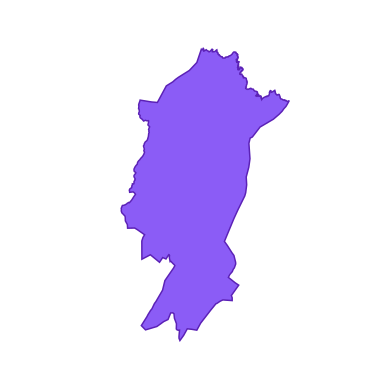 Anka, Zamfara, Nigeria, rotated 215°
{"feature_id": "59680162B63960569375521", "entity_name": "Anka", "entity_type": "district", "adm_level": 2, "iso_a3": "NGA", "parent_name": "Nigeria", "parent_adm1": "Zamfara", "projection": "equal_earth", "projection_center": [6.08, 11.964], "detail": "fine", "context": "isolated", "style": "filled", "palette": "violet", "viewbox_px": 384, "rotation_deg": 215, "n_neighbors": 0, "source": "geoboundaries", "source_scale": "gbopen_adm2", "svg_char_len": 6055}
<svg xmlns="http://www.w3.org/2000/svg" viewBox="0 0 384 384"><g transform="rotate(215 192 192)"><path d="M116.7,63.4L116.6,69.8L117.4,77.2L113.6,79.3L108.8,81.6L109.7,89.5L108.9,106.2L108.3,114.3L107.8,114.8L106.2,118.9L104.8,121.3L96.8,126.1L98.4,128.4L100.4,129.8L100.3,142.5L104.6,142.4L113.2,142.9L113.6,145.2L113.7,146.1L113.3,150.0L113.5,150.5L113.9,152.7L113.8,154.1L114.9,158.1L116.0,159.5L121.3,164.1L124.3,165.1L132.5,168.5L137.1,170.1L142.4,194.1L144.2,204.0L146.5,219.0L147.6,222.2L151.3,229.2L156.2,235.4L159.7,244.9L163.6,252.5L173.3,264.5L175.3,269.5L174.1,271.7L173.5,284.3L167.1,298.3L165.2,305.7L164.5,310.0L164.5,313.0L164.1,315.9L164.3,318.6L164.7,322.1L165.2,322.0L165.5,321.2L166.0,320.8L167.3,320.9L167.5,320.5L168.6,320.7L168.9,320.6L168.8,320.2L169.3,320.1L169.5,319.9L169.8,320.0L170.3,319.6L171.2,319.7L172.0,319.6L172.7,319.2L173.7,319.6L174.1,320.3L174.4,320.3L175.2,321.0L176.4,321.8L176.7,321.4L177.2,321.4L177.2,321.1L177.8,320.6L177.9,320.2L179.5,320.4L179.8,320.5L180.0,320.8L180.3,320.8L180.7,321.0L180.8,321.3L181.1,321.5L181.3,321.9L181.8,322.0L182.4,322.8L182.7,322.6L182.7,321.6L183.2,321.3L183.2,320.9L184.1,319.3L184.7,319.2L185.4,320.2L186.0,320.0L186.0,319.2L185.7,317.9L185.2,317.6L184.4,315.1L184.6,314.4L185.2,314.1L185.6,313.5L185.4,313.1L185.6,312.9L186.0,313.0L187.3,310.7L187.5,310.0L187.9,309.3L187.9,307.8L188.1,308.0L188.5,308.0L188.8,308.3L189.4,308.6L189.5,309.2L189.9,309.3L189.9,309.7L190.5,310.1L191.1,310.0L191.5,309.5L191.6,309.1L192.0,308.8L192.7,309.7L193.4,310.0L193.4,308.0L193.6,307.6L194.9,307.4L194.9,308.1L194.5,310.0L195.1,310.2L195.4,310.5L195.5,311.2L196.2,311.5L197.5,311.2L198.4,310.7L199.3,310.7L200.7,311.4L201.0,311.1L201.9,310.9L202.7,310.4L203.0,310.7L203.4,310.4L203.7,310.4L204.4,309.0L204.7,308.5L205.3,308.4L205.7,307.7L207.4,307.6L207.7,307.9L207.6,308.7L208.2,308.9L208.2,310.1L208.8,310.7L208.9,312.0L209.7,313.3L209.8,313.8L210.0,313.9L210.0,313.6L210.4,313.6L210.4,314.0L210.8,314.6L211.4,314.8L212.8,316.2L213.1,316.2L214.7,315.8L214.8,315.4L215.2,315.1L215.4,315.6L216.3,315.6L216.2,316.0L216.4,316.1L216.7,315.9L216.9,316.3L218.1,316.6L218.8,317.1L219.1,317.0L219.7,316.0L220.2,315.9L220.4,316.3L220.7,316.3L221.0,316.8L221.0,317.4L220.8,317.6L220.7,318.1L221.0,318.3L220.9,319.0L220.6,319.1L220.5,319.4L220.9,319.6L220.9,319.8L220.5,320.9L220.3,320.9L220.3,321.0L220.4,321.6L220.7,321.7L221.0,322.1L221.4,321.9L221.8,322.3L222.1,321.9L222.4,321.9L222.8,322.3L223.0,321.9L223.3,322.2L223.8,322.2L223.9,321.9L223.8,321.4L224.1,321.0L224.0,320.7L224.0,320.3L223.5,319.7L223.8,319.3L223.7,318.9L224.4,318.7L224.4,319.2L224.8,319.7L225.0,319.1L225.3,319.5L225.2,319.7L225.7,319.9L225.8,320.2L226.0,320.2L225.9,321.3L226.4,321.0L226.6,321.2L226.8,321.5L226.5,322.3L226.7,322.6L227.2,322.5L227.3,322.8L227.0,323.1L227.1,323.3L227.5,323.4L227.7,323.7L227.6,323.9L228.1,324.6L228.0,324.8L228.0,325.6L228.3,325.7L228.9,325.3L229.0,325.1L229.0,324.6L229.1,324.2L229.8,324.0L230.3,324.7L230.6,324.7L230.6,325.1L230.3,325.2L230.4,325.6L231.1,325.6L231.0,325.2L231.4,325.6L231.2,326.1L231.6,326.2L231.3,326.7L231.0,326.8L231.3,327.2L231.1,327.6L231.1,328.1L231.5,328.9L231.9,328.7L232.2,329.3L233.2,329.6L233.2,330.1L233.0,330.4L233.1,330.7L233.4,330.8L233.7,330.6L234.1,331.1L234.5,330.8L235.2,330.9L235.4,331.2L236.0,331.1L236.2,331.6L236.5,331.6L236.8,331.1L237.5,331.1L238.2,330.4L238.3,328.7L238.2,327.6L238.9,325.6L239.7,324.7L239.8,323.5L240.4,323.0L240.8,322.9L241.0,322.3L241.9,321.7L241.7,321.1L241.9,320.5L242.7,320.2L243.3,319.5L244.1,319.5L244.9,320.1L246.0,319.5L247.0,319.7L247.9,319.5L248.0,319.5L248.0,319.9L248.2,320.1L249.2,320.0L249.7,320.2L250.0,320.0L250.5,320.8L251.0,321.1L251.8,320.9L252.2,321.4L252.4,321.9L253.2,322.7L253.5,322.1L253.6,320.9L254.0,320.0L255.3,318.8L255.9,318.6L256.6,320.5L257.2,320.6L257.6,320.3L257.7,318.4L257.9,317.5L258.4,316.6L259.0,316.9L260.4,316.5L262.0,316.7L262.6,315.0L263.2,314.2L263.5,314.4L263.6,315.0L263.9,315.4L264.3,315.5L264.7,316.0L265.2,316.1L265.1,314.5L265.6,314.0L266.2,314.2L262.3,300.8L263.9,290.0L268.9,278.2L270.1,274.7L270.9,271.2L273.9,264.2L271.7,245.5L276.9,242.5L287.2,237.5L287.0,237.1L286.1,233.8L285.6,232.6L284.9,232.1L283.5,229.5L282.9,229.5L281.6,228.1L281.2,227.5L280.9,226.0L280.3,225.2L278.4,225.0L278.1,224.1L277.2,223.2L276.1,223.0L274.7,223.0L272.3,222.4L271.3,224.0L269.9,224.4L269.3,224.8L268.8,225.4L268.4,225.4L267.5,224.0L266.6,221.7L265.5,221.4L264.3,221.2L264.0,221.0L263.9,219.9L263.3,218.1L262.4,217.6L262.0,216.7L261.2,216.2L261.1,215.2L259.6,212.5L258.5,209.2L258.5,207.8L259.0,206.4L258.8,204.3L258.2,202.9L258.3,202.3L258.1,201.8L255.5,199.7L255.4,198.8L255.1,198.2L254.4,197.7L253.8,197.5L253.4,196.4L253.1,195.1L252.9,192.8L253.3,190.1L253.3,188.4L253.6,187.0L253.6,185.3L253.2,184.1L252.8,183.5L252.8,183.0L253.0,182.3L253.1,180.3L252.8,178.2L252.6,177.4L251.5,176.0L250.9,175.7L249.6,175.7L249.0,175.5L248.9,175.0L249.0,172.5L248.7,171.8L248.2,171.2L246.0,170.1L246.0,169.5L245.7,169.2L245.5,168.7L245.6,168.1L245.5,167.3L244.8,166.3L244.4,165.3L244.9,164.7L245.5,164.5L244.8,163.2L244.8,162.3L244.3,161.9L243.9,160.8L244.4,159.9L244.7,158.8L244.4,157.5L243.9,157.1L242.9,156.0L240.3,158.3L238.7,158.3L237.0,157.7L237.0,154.8L236.8,150.9L237.0,148.6L237.3,147.2L237.8,147.2L238.6,145.6L238.7,144.8L239.3,143.4L240.3,141.9L240.9,141.5L241.3,141.0L240.6,138.0L239.9,137.3L239.1,135.9L237.5,134.7L233.4,133.9L232.8,133.6L232.3,133.1L230.0,130.1L226.2,128.2L224.0,125.4L218.3,129.6L215.5,129.8L206.3,129.8L206.1,126.7L205.0,123.1L194.5,108.2L190.1,116.7L178.3,115.8L178.4,121.5L174.9,122.2L175.1,127.4L174.8,127.5L174.0,127.1L173.3,125.8L172.3,124.6L171.5,123.9L170.0,122.4L169.6,123.1L166.2,122.4L164.9,122.3L163.8,121.8L163.5,119.2L163.4,103.9L159.8,94.7L158.7,81.4L158.8,79.2L157.8,73.3L158.0,71.2L157.7,66.2L157.4,64.1L156.9,53.5L151.0,52.4L143.6,61.7L140.8,69.7L138.5,73.8L140.1,80.7L138.5,82.0L136.9,81.9L134.0,78.5L129.2,75.2L126.3,70.8L125.1,70.5L123.8,71.0L123.0,71.7L119.8,66.2L118.7,64.7L116.7,63.4Z" fill="#8b5cf6" stroke="#5b21b6" stroke-width="1.5"/></g></svg>